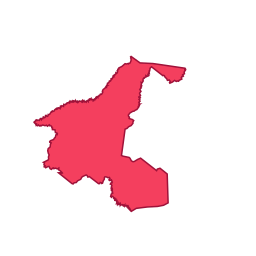 Borba, Amazonas, Brazil, rotated 218°
{"feature_id": "56859067B43884910797312", "entity_name": "Borba", "entity_type": "district", "adm_level": 2, "iso_a3": "BRA", "parent_name": "Brazil", "parent_adm1": "Amazonas", "projection": "robinson", "projection_center": [-59.228, -5.33], "detail": "fine", "context": "isolated", "style": "filled", "palette": "rose", "viewbox_px": 256, "rotation_deg": 218, "n_neighbors": 0, "source": "geoboundaries", "source_scale": "gbopen_adm2", "svg_char_len": 5882}
<svg xmlns="http://www.w3.org/2000/svg" viewBox="0 0 256 256"><g transform="rotate(218 128 128)"><path d="M169.6,186.3L169.7,185.9L169.4,185.9L169.0,184.8L168.4,184.7L167.1,183.0L166.4,180.6L167.1,178.9L167.5,179.1L168.6,177.5L169.9,176.9L170.7,172.8L172.2,169.7L171.6,168.9L172.2,168.1L171.5,166.9L171.7,166.3L170.8,165.9L170.5,164.6L170.9,164.4L170.8,163.9L171.4,163.9L170.9,163.3L171.4,161.5L171.1,161.3L171.6,160.8L171.4,160.3L171.8,160.0L171.5,159.3L171.4,159.8L170.6,159.7L170.9,159.3L170.9,157.6L171.1,157.8L170.8,157.0L171.0,156.7L171.3,157.0L171.7,156.5L170.8,155.1L171.1,154.4L170.8,154.1L171.6,153.5L171.1,152.2L171.4,150.9L171.7,150.7L171.2,149.5L170.8,149.3L170.9,148.7L170.5,148.8L170.9,148.3L170.5,147.8L170.8,147.6L170.8,147.1L170.4,147.3L170.0,146.8L170.6,146.6L170.4,146.3L170.8,146.0L170.7,145.1L171.3,143.0L171.0,141.7L170.6,141.4L170.7,141.0L169.8,140.4L169.6,138.2L170.6,137.7L170.4,136.3L170.9,135.7L170.5,134.9L171.0,134.2L170.7,133.7L171.3,133.9L171.3,133.2L171.9,133.3L172.1,132.6L171.5,132.5L171.2,131.9L171.9,131.8L171.8,131.1L172.2,130.5L171.5,130.1L171.9,129.8L172.0,128.9L171.8,128.6L172.0,128.2L172.4,129.1L172.6,128.6L173.3,128.6L173.7,127.9L174.2,128.0L174.0,128.4L174.8,128.0L175.3,128.5L175.4,127.8L176.3,127.2L176.3,126.7L175.4,126.8L175.2,126.3L176.5,125.3L175.7,124.4L176.6,124.5L177.2,124.0L176.9,122.8L177.6,123.0L177.9,121.9L179.5,122.5L179.5,121.0L180.9,121.9L181.0,121.2L180.5,120.3L180.1,120.5L180.1,120.0L181.7,120.0L182.3,119.5L182.9,119.4L183.0,118.6L183.8,118.3L183.8,117.8L183.1,117.3L183.2,117.0L184.6,116.7L185.0,117.6L185.7,116.7L186.4,117.2L186.2,116.1L186.7,115.4L187.4,116.0L188.1,115.7L187.6,115.2L187.1,115.2L187.2,114.5L188.5,114.6L188.2,114.0L188.7,113.5L190.1,113.6L189.4,111.8L189.9,111.8L190.4,112.3L190.5,111.1L191.5,110.4L191.2,109.2L191.7,109.0L191.8,107.7L193.2,107.1L192.1,105.3L193.8,104.9L193.7,103.6L194.3,104.1L194.7,103.7L193.6,101.6L194.2,101.7L194.4,101.2L195.0,101.3L195.5,100.8L195.3,99.6L195.7,99.0L196.1,100.0L196.4,99.7L197.0,97.1L196.7,95.8L197.3,94.9L198.0,95.0L198.3,94.2L197.8,94.2L197.9,93.8L197.4,93.7L198.4,93.4L198.2,90.6L198.7,89.7L199.2,89.5L198.5,88.3L198.6,87.6L198.9,87.3L200.2,87.6L200.7,87.1L199.9,85.9L200.0,84.8L200.7,84.3L201.3,84.8L201.6,84.5L200.9,82.9L201.6,82.4L201.4,81.3L202.5,81.9L202.9,81.4L202.5,79.4L204.0,78.8L204.1,78.2L205.3,78.0L205.5,77.2L205.0,76.9L205.7,75.2L205.5,74.6L204.0,74.4L203.8,74.7L203.1,74.2L202.6,74.8L201.9,73.5L201.3,74.2L200.8,74.0L200.4,74.5L200.4,75.3L198.9,75.2L198.3,76.3L197.8,76.1L197.0,77.9L194.8,78.7L194.0,80.0L192.6,79.8L192.0,82.1L191.2,82.0L191.0,81.6L189.9,82.3L189.0,82.2L188.2,81.3L187.5,81.5L186.6,80.2L184.4,81.6L182.4,79.7L181.0,80.3L180.1,80.0L179.8,79.3L180.4,79.3L180.6,78.2L179.5,75.8L179.8,74.6L179.5,73.2L181.3,70.2L181.3,69.0L180.9,68.6L179.4,69.0L179.1,67.4L177.7,65.2L178.2,62.6L177.3,60.7L175.2,59.0L173.6,58.3L172.9,56.2L171.5,54.8L171.3,53.5L173.5,48.9L172.4,49.1L171.6,47.3L170.0,47.2L170.4,46.2L170.2,45.8L169.2,46.2L168.4,46.0L167.3,48.4L166.6,49.1L164.3,48.0L162.9,48.2L162.5,50.4L162.0,50.7L161.4,50.3L160.2,51.9L158.5,52.2L157.9,53.8L156.8,52.3L154.9,52.6L152.7,52.3L152.7,51.8L152.1,51.9L152.2,51.6L154.0,51.1L155.2,49.9L138.0,49.7L136.8,50.1L136.7,51.7L135.2,53.2L135.2,55.4L133.7,58.4L134.1,60.7L133.8,62.0L132.1,65.2L131.0,65.4L129.4,64.6L128.5,65.9L117.0,66.0L116.4,66.4L116.1,66.7L116.4,68.0L115.2,68.5L114.6,68.1L114.1,68.8L115.0,71.3L115.1,73.0L116.1,74.4L116.1,75.4L114.8,76.2L113.1,76.5L112.2,77.6L111.0,77.0L111.2,75.6L110.9,75.3L109.9,75.4L109.1,76.9L107.2,75.7L107.4,75.3L106.9,74.9L107.6,74.2L107.4,72.9L106.2,73.2L105.3,72.8L105.1,71.8L104.2,71.2L104.4,70.3L103.2,69.3L102.9,69.5L103.3,70.4L103.0,70.5L102.3,69.7L102.4,68.8L101.9,69.0L101.3,68.1L100.7,68.0L100.6,67.2L100.0,67.1L100.5,65.6L99.5,63.3L98.5,63.3L98.9,64.1L98.0,64.7L95.6,64.1L95.4,64.6L94.9,64.2L94.5,64.3L95.1,63.7L94.5,63.7L93.9,62.9L93.0,63.8L92.2,63.3L91.6,63.8L91.2,63.2L91.4,62.7L90.2,62.0L90.3,61.4L89.7,61.8L89.3,61.4L89.4,62.4L89.0,61.9L88.6,62.7L88.3,62.0L88.0,62.3L87.9,63.5L86.7,62.4L86.9,63.3L86.2,62.8L85.2,64.2L84.8,64.3L84.8,64.0L84.3,63.8L84.0,64.5L83.3,63.9L82.9,64.3L83.0,65.3L82.3,64.5L82.2,65.3L81.6,65.4L81.4,66.0L80.7,65.6L80.5,66.2L80.1,65.6L79.7,66.5L78.9,65.8L79.4,65.4L78.7,65.0L79.1,64.5L78.3,65.2L76.3,64.9L76.6,65.4L75.9,65.1L76.4,64.6L74.1,64.3L72.0,69.8L64.1,77.7L56.4,84.4L52.4,89.0L50.3,93.7L68.8,115.9L78.0,116.0L79.6,113.7L79.2,112.0L99.5,112.0L101.1,109.1L102.4,105.6L103.3,104.5L105.1,104.2L107.8,105.4L109.0,105.5L114.7,102.7L116.2,102.3L129.6,125.3L128.5,127.1L128.3,129.4L127.0,131.9L127.0,134.8L127.8,135.7L128.1,137.4L129.7,137.4L132.9,136.2L133.6,137.5L134.5,137.4L135.7,138.4L135.7,141.1L134.5,144.1L133.6,145.0L133.2,146.6L132.4,148.0L132.5,151.2L132.9,151.1L133.2,151.4L132.9,152.7L133.1,153.2L133.7,153.3L133.4,154.1L133.9,153.7L134.8,154.9L135.3,155.0L135.0,156.5L135.8,156.8L136.2,157.7L136.9,157.4L137.0,159.3L138.2,158.8L138.6,159.1L137.9,160.0L138.3,160.4L138.2,161.4L139.9,162.1L140.4,162.7L140.3,164.8L142.5,165.7L142.3,167.8L143.0,167.9L143.7,169.2L143.6,169.6L143.1,169.3L143.1,169.7L144.2,170.1L144.6,171.2L145.6,172.0L144.8,172.2L144.8,173.0L145.0,174.5L145.6,174.8L146.3,176.1L145.8,177.3L146.3,177.6L145.2,179.4L146.1,180.3L144.7,180.5L143.9,181.9L144.0,182.4L144.6,182.0L145.4,182.6L145.2,183.7L144.8,184.0L145.7,184.5L145.6,185.0L146.4,185.9L146.1,186.3L147.4,188.7L147.3,189.9L147.1,190.7L132.7,190.7L132.4,191.4L131.6,191.6L130.2,190.9L127.6,190.6L126.6,189.9L125.9,190.0L125.2,191.2L124.3,191.1L123.4,190.6L123.3,189.4L122.6,189.1L121.2,191.7L120.6,194.2L118.6,194.4L118.3,195.2L116.9,196.0L117.1,196.9L115.7,199.7L117.0,200.5L117.2,201.8L116.5,202.1L116.3,203.0L117.7,203.6L116.9,205.5L118.2,206.6L118.4,209.2L119.1,208.9L119.4,209.2L119.3,210.0L119.9,210.2L142.9,197.1L148.1,194.1L158.6,186.7L169.6,186.3Z" fill="#f43f5e" stroke="#9f1239" stroke-width="1.5"/></g></svg>